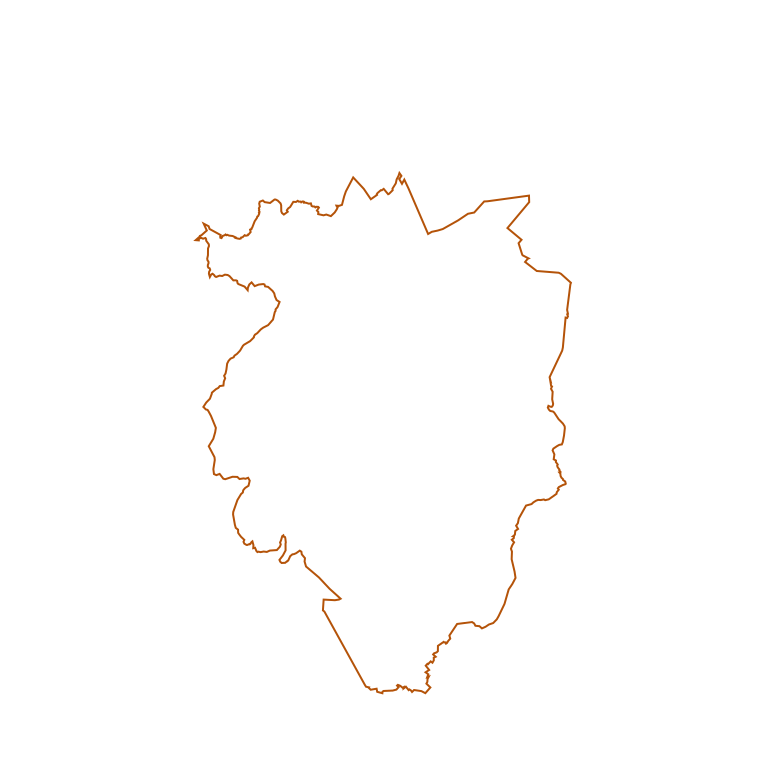 outline of Zacoalco de Torres, Jalisco, Mexico, rotated 42°
{"feature_id": "50627088B31834230260216", "entity_name": "Zacoalco de Torres", "entity_type": "district", "adm_level": 2, "iso_a3": "MEX", "parent_name": "Mexico", "parent_adm1": "Jalisco", "projection": "robinson", "projection_center": [-103.58, 20.244], "detail": "fine", "context": "isolated", "style": "outline", "palette": "amber", "viewbox_px": 768, "rotation_deg": 42, "n_neighbors": 0, "source": "geoboundaries", "source_scale": "gbopen_adm2", "svg_char_len": 6165}
<svg xmlns="http://www.w3.org/2000/svg" viewBox="0 0 768 768"><g transform="rotate(42 384 384)"><path d="M336.3,181.3L336.3,196.2L332.5,201.3L329.6,212.8L324.0,229.5L321.2,234.1L317.7,238.9L316.4,243.0L271.4,222.3L262.3,218.5L263.4,223.2L258.2,221.5L257.7,217.7L254.3,216.9L255.5,219.6L256.5,223.5L258.5,227.0L259.6,233.2L260.8,234.2L260.5,239.3L260.1,240.2L253.2,239.2L252.7,241.6L252.0,242.0L251.4,246.4L251.6,247.8L252.3,248.1L250.6,255.5L238.4,252.5L222.9,251.1L226.8,266.4L228.8,271.1L232.9,279.0L231.4,281.7L229.3,283.3L230.2,283.7L231.2,283.3L232.0,285.7L232.6,289.5L232.2,294.8L227.7,296.7L226.2,299.1L221.4,301.8L220.1,300.1L218.1,300.0L217.6,296.5L216.6,296.4L215.2,297.5L214.8,298.7L213.6,298.6L212.2,299.8L211.0,300.1L208.8,298.7L207.5,300.3L204.7,301.5L203.2,302.8L202.7,302.1L202.2,302.2L201.4,302.8L200.9,304.4L200.0,304.2L198.7,305.5L197.3,305.6L196.8,307.6L194.7,309.3L195.8,315.2L195.3,317.7L195.5,319.5L195.6,320.0L197.2,320.4L196.2,325.1L193.8,325.2L192.1,324.4L188.0,320.0L186.3,319.0L182.3,318.8L180.1,319.4L179.2,320.2L178.2,325.7L173.6,328.7L171.2,328.7L169.7,331.7L170.5,333.4L173.0,335.3L173.4,337.1L174.7,338.0L175.0,338.8L176.4,339.4L176.4,340.4L177.3,340.9L178.1,343.4L177.8,344.4L178.4,345.4L179.0,349.6L181.5,356.2L181.4,357.1L181.9,357.7L181.2,358.9L183.2,360.3L183.3,363.0L183.0,363.7L183.3,363.9L183.3,364.6L182.1,366.3L180.9,366.6L180.7,369.5L179.8,370.8L180.2,371.7L179.5,372.8L177.3,374.2L176.2,374.2L175.9,374.9L175.2,375.0L175.0,374.5L172.5,375.3L169.5,377.4L167.7,378.0L167.3,378.9L166.2,378.9L166.0,380.1L165.1,381.8L165.6,384.3L164.5,384.8L163.6,384.0L163.0,382.6L150.7,385.5L148.1,384.1L142.7,385.5L149.6,388.5L148.8,395.5L148.2,396.9L148.5,397.0L147.8,403.1L150.3,401.2L149.1,399.7L150.5,397.7L152.3,397.1L153.6,395.0L154.8,395.3L156.0,396.5L160.3,397.4L161.6,398.6L162.5,401.0L167.0,406.1L168.8,409.2L170.1,410.2L171.6,410.5L172.7,411.5L173.5,413.5L174.6,414.7L175.7,415.1L177.1,414.7L178.5,415.5L179.0,417.7L180.1,419.2L183.0,421.0L182.3,418.2L182.8,416.8L185.0,416.7L186.2,417.1L187.6,416.8L189.3,413.5L191.5,412.0L192.6,409.2L194.9,407.6L197.0,407.2L202.7,407.8L204.6,406.0L205.8,405.6L207.6,407.0L208.8,407.2L215.2,404.9L219.9,405.5L218.4,403.5L217.3,400.1L217.6,397.1L222.4,397.8L224.4,393.9L227.4,390.5L228.6,390.0L230.3,391.0L232.9,389.4L239.0,389.4L241.8,390.1L244.4,391.9L248.0,393.5L251.5,392.9L253.4,398.0L253.5,401.1L254.5,402.2L254.7,403.6L258.4,410.4L258.4,412.1L258.5,417.8L256.5,423.0L255.9,425.9L255.8,431.1L255.1,433.7L255.5,435.7L256.1,436.4L255.8,441.7L253.7,448.5L253.6,450.0L254.7,455.5L254.6,460.0L253.9,463.0L254.4,464.7L253.0,467.8L253.0,470.8L253.8,473.8L257.2,478.7L259.2,482.2L259.7,484.9L262.1,486.0L263.3,489.3L265.7,492.6L263.3,495.5L263.5,497.7L262.6,500.2L261.9,505.6L262.6,506.6L264.5,511.4L264.3,516.7L265.1,521.9L268.7,522.1L270.2,521.3L272.1,521.8L276.8,523.5L288.4,529.1L290.8,532.8L293.8,538.9L295.4,547.5L307.0,551.8L309.1,553.7L314.2,561.5L317.9,564.7L320.4,563.9L322.0,560.8L328.0,561.9L329.7,561.0L333.5,554.3L337.2,551.2L340.2,551.3L342.8,548.1L344.5,547.1L345.8,544.6L348.9,545.7L351.4,550.3L350.4,554.0L350.4,556.4L350.6,557.4L351.7,559.1L351.4,561.4L352.7,568.3L357.6,580.0L359.2,582.0L367.4,588.4L370.1,590.1L373.0,589.9L375.2,592.2L376.8,592.6L380.0,593.2L384.5,593.3L385.2,595.3L387.0,596.1L389.5,595.6L390.1,595.1L391.2,592.7L391.3,593.7L391.7,592.2L391.3,590.1L391.5,589.0L394.8,591.1L396.7,593.5L397.7,592.0L401.0,593.5L402.4,593.6L402.8,592.7L404.8,591.5L406.7,589.0L409.3,587.2L410.6,584.2L415.5,579.1L415.5,574.6L414.6,572.3L412.8,571.3L412.2,569.3L410.2,565.2L410.5,563.8L411.8,564.5L412.7,564.0L413.7,564.5L417.0,567.4L417.7,568.6L422.2,573.5L423.6,579.1L424.0,584.7L425.8,585.5L427.7,585.5L430.2,583.0L430.6,580.3L430.8,580.3L430.9,579.2L429.5,574.7L429.9,571.9L430.9,570.7L431.9,568.6L432.9,564.2L434.8,563.9L436.9,565.6L441.8,566.3L443.8,569.1L448.2,571.8L465.1,571.3L480.5,572.6L495.4,572.6L494.8,574.3L492.2,577.5L483.4,584.6L490.1,593.1L492.0,593.0L571.1,620.4L573.2,621.0L575.8,619.5L575.9,620.0L578.7,620.1L582.4,615.4L584.9,617.3L589.7,614.9L588.8,613.7L589.1,612.4L595.6,606.0L597.7,602.8L597.7,599.6L595.5,599.4L595.6,598.3L598.1,597.4L601.0,597.3L601.5,596.0L602.3,597.1L602.8,594.3L607.1,595.0L607.2,594.0L609.0,593.7L610.9,594.1L611.1,591.3L617.3,587.2L621.6,586.1L621.5,578.5L616.0,578.3L615.5,576.3L613.8,574.2L613.1,571.5L612.3,573.0L611.2,570.1L607.8,570.4L608.9,566.3L603.5,565.4L603.5,562.9L604.2,562.8L604.3,558.9L606.5,558.7L606.4,558.2L605.9,556.0L604.1,554.1L604.9,552.1L601.5,552.1L601.4,550.7L602.7,548.2L602.8,546.5L599.3,542.5L600.9,535.7L601.7,535.8L602.7,534.8L603.8,535.4L604.1,534.5L603.6,531.7L603.6,528.9L600.9,527.2L598.9,513.4L608.7,502.0L611.2,501.6L613.7,502.5L617.0,500.1L620.3,500.1L621.9,496.5L622.9,492.5L625.1,488.6L625.3,483.4L624.5,479.8L620.7,466.8L614.1,453.2L613.2,446.8L611.5,440.1L606.5,436.0L596.1,428.8L591.2,422.9L588.6,421.5L587.3,418.2L586.6,414.6L583.2,414.2L583.6,411.8L582.5,410.2L581.8,410.7L582.1,408.4L579.9,405.4L580.6,402.0L577.0,400.9L576.6,397.8L574.2,393.8L570.9,379.3L574.0,374.5L574.2,372.0L575.1,368.9L576.1,367.0L578.1,365.4L580.1,362.8L581.5,362.5L583.6,359.5L585.7,350.2L584.8,348.8L584.6,345.6L583.1,345.3L582.9,343.7L584.5,339.4L585.9,337.0L585.8,336.5L583.9,335.2L581.2,335.5L580.5,334.9L578.6,334.9L576.8,334.2L575.0,332.6L573.5,332.4L574.2,331.5L574.0,331.2L572.0,330.9L571.6,330.2L568.9,329.7L567.4,328.9L567.0,327.6L563.9,327.0L563.0,325.8L560.5,326.4L557.7,322.3L553.7,320.5L553.1,318.7L554.2,314.2L555.0,311.9L556.6,309.9L555.7,307.5L552.3,301.9L548.0,295.9L546.6,294.6L543.5,293.7L537.2,293.3L529.5,291.3L527.9,291.4L525.6,292.8L523.7,292.7L521.5,291.9L520.8,290.2L522.7,289.6L523.9,288.8L524.0,288.3L523.8,287.0L523.0,285.6L519.2,282.8L514.5,276.9L511.3,275.8L510.5,273.4L509.5,273.6L505.2,270.2L505.6,270.2L502.5,268.1L494.1,240.0L492.5,237.2L474.5,213.1L475.9,212.4L475.4,210.6L473.5,209.6L473.8,208.8L470.5,206.4L455.8,185.2L455.2,183.7L441.8,183.7L439.4,184.4L421.9,197.8L407.2,198.9L407.0,194.8L407.4,193.9L400.9,195.6L400.0,195.3L389.8,189.3L389.7,184.8L371.4,185.5L370.2,151.7L365.7,147.0L338.7,178.9L336.3,181.3Z" fill="none" stroke="#b45309" stroke-width="2"/></g></svg>